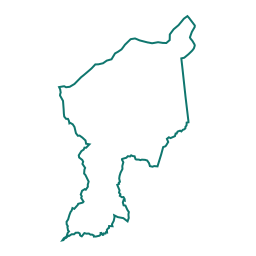 outline of Guayama, Puerto Rico, rotated 173°
{"feature_id": "32010507B40723553467953", "entity_name": "Guayama", "entity_type": "district", "adm_level": 2, "iso_a3": "PRI", "parent_name": "Puerto Rico", "parent_adm1": "", "projection": "natural_earth1", "projection_center": [-66.125, 18.011], "detail": "fine", "context": "isolated", "style": "outline", "palette": "teal", "viewbox_px": 256, "rotation_deg": 173, "n_neighbors": 0, "source": "geoboundaries", "source_scale": "gbopen_adm2", "svg_char_len": 2980}
<svg xmlns="http://www.w3.org/2000/svg" viewBox="0 0 256 256"><g transform="rotate(173 128 128)"><path d="M103.4,86.3L98.3,97.7L95.4,104.8L93.4,105.2L93.0,105.4L92.5,105.8L89.8,109.2L90.7,112.5L88.6,113.8L87.0,112.8L82.4,114.2L81.4,116.7L80.4,116.6L79.2,118.4L76.6,119.0L75.5,118.1L73.8,119.5L72.1,119.9L71.0,120.9L70.9,122.1L69.6,123.4L69.1,126.2L67.3,126.3L67.2,127.5L67.1,152.2L67.0,159.0L66.8,173.3L66.7,180.4L66.6,190.6L63.6,190.9L58.9,193.9L55.2,196.7L54.3,197.5L52.9,199.0L51.7,201.6L51.8,202.8L53.5,206.7L55.0,209.0L55.5,210.4L52.9,215.6L49.5,220.1L49.2,221.6L54.1,230.0L55.4,231.8L59.2,229.7L65.3,223.9L70.7,220.4L75.1,215.8L75.9,210.2L79.6,207.7L83.1,208.2L83.4,208.3L87.7,209.5L93.0,209.2L93.8,209.2L95.1,209.6L97.2,210.3L97.7,210.4L99.3,211.0L105.4,213.4L105.9,213.6L108.1,214.9L110.1,216.0L110.5,216.0L113.6,215.9L114.6,215.8L120.5,211.3L120.7,211.2L123.4,208.3L124.9,206.8L128.8,204.8L129.1,204.7L131.8,203.6L133.2,201.8L136.0,198.2L140.8,197.5L144.9,195.3L149.7,194.8L152.7,195.1L156.9,191.6L159.7,189.7L165.8,185.7L168.4,184.1L175.8,178.2L180.8,176.0L184.5,176.0L186.2,177.2L187.5,177.2L191.4,177.0L190.6,174.5L190.6,173.8L190.5,171.4L191.2,169.9L191.5,168.5L189.2,162.8L189.6,154.3L189.8,151.5L189.9,150.1L189.9,149.1L189.9,147.1L188.3,144.6L186.5,144.4L185.8,142.4L185.6,139.8L184.8,140.2L182.4,138.4L181.0,135.5L180.3,129.2L178.7,126.4L177.0,126.4L174.5,124.1L171.7,120.8L171.5,117.5L168.3,116.5L172.0,113.5L173.6,113.8L174.6,112.0L177.1,110.7L180.2,106.9L180.1,104.7L177.3,101.9L176.6,100.0L177.6,97.9L175.4,93.6L176.3,92.1L177.1,88.1L176.0,86.6L173.6,79.6L174.9,76.5L175.0,74.6L177.4,71.9L178.3,72.6L181.2,71.3L183.0,67.7L182.2,65.9L183.0,64.3L181.1,60.3L182.0,59.5L186.7,58.8L187.2,57.8L191.2,54.3L192.9,55.3L194.0,52.9L195.2,51.7L196.7,48.9L198.6,44.5L200.4,42.4L200.6,39.9L199.7,37.9L200.2,37.2L200.0,33.7L199.2,32.6L200.6,31.3L202.3,27.7L205.0,26.5L206.8,24.5L205.8,24.6L204.2,26.2L203.0,26.4L200.3,28.3L199.7,28.0L196.9,29.4L194.5,29.1L192.7,30.4L190.1,30.2L188.8,29.2L188.6,27.3L187.8,26.5L187.1,26.1L184.1,29.0L182.2,28.2L179.7,28.0L178.2,26.7L176.7,26.6L175.1,25.5L175.1,24.4L173.0,24.2L169.4,24.6L168.1,25.7L168.0,27.1L166.4,27.1L167.2,27.0L166.2,25.0L165.5,25.0L164.9,26.3L163.2,26.0L162.5,27.3L161.5,26.9L161.4,29.4L160.2,30.7L159.1,31.1L158.7,33.0L155.4,32.4L155.6,33.5L155.6,34.5L153.5,37.5L152.2,41.3L152.3,43.0L149.0,40.8L143.6,39.1L139.8,35.4L138.2,38.6L138.2,40.3L138.1,42.2L137.4,44.5L138.3,46.2L138.7,47.1L140.0,51.3L141.8,51.8L142.2,54.8L141.2,56.9L140.1,56.3L140.0,57.9L140.9,60.0L142.4,60.0L144.4,61.7L143.6,63.2L144.8,64.9L144.0,67.2L145.6,72.9L143.7,73.6L143.8,74.8L142.6,75.6L142.9,78.9L142.2,81.5L140.8,84.6L138.5,88.0L138.3,90.9L136.8,94.6L137.8,97.1L137.8,97.7L137.6,98.0L133.2,98.7L131.7,100.0L129.3,99.5L128.2,100.5L126.8,99.6L124.9,99.1L124.4,96.3L123.7,95.7L121.0,95.3L119.6,94.6L118.1,94.9L114.9,94.3L112.9,93.4L111.4,90.5L110.9,87.5L108.4,86.6L106.7,87.0L103.4,86.3Z" fill="none" stroke="#0f766e" stroke-width="2"/></g></svg>